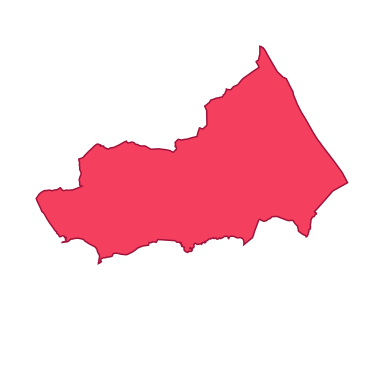 Tanh Linh, Bình Thuận, Vietnam (Natural Earth projection), rotated 241°
{"feature_id": "81297802B72040378952039", "entity_name": "Tanh Linh", "entity_type": "district", "adm_level": 2, "iso_a3": "VNM", "parent_name": "Vietnam", "parent_adm1": "Bình Thuận", "projection": "natural_earth1", "projection_center": [107.7, 11.14], "detail": "fine", "context": "isolated", "style": "filled", "palette": "rose", "viewbox_px": 384, "rotation_deg": 241, "n_neighbors": 0, "source": "geoboundaries", "source_scale": "gbopen_adm2", "svg_char_len": 6038}
<svg xmlns="http://www.w3.org/2000/svg" viewBox="0 0 384 384"><g transform="rotate(241 192 192)"><path d="M247.8,51.2L245.8,52.0L244.3,52.2L239.1,52.2L233.5,52.5L231.8,52.8L224.9,53.5L224.0,53.7L222.9,54.3L222.3,53.9L221.7,53.8L220.9,53.9L220.4,54.4L219.9,54.5L217.3,54.5L216.9,54.7L216.6,55.2L216.7,57.0L216.5,57.5L215.3,58.8L214.1,58.5L213.8,58.9L213.5,59.8L213.2,60.0L213.0,59.9L212.8,59.7L212.3,58.5L211.9,58.4L211.5,58.6L211.1,58.6L210.6,58.2L210.5,57.9L210.3,57.3L210.4,56.6L211.0,54.2L210.8,54.0L209.9,56.6L208.9,58.7L208.9,60.8L209.5,62.6L209.4,63.2L208.7,65.0L208.3,66.7L207.2,69.4L204.8,72.4L203.4,73.8L202.9,74.1L200.4,74.8L199.4,75.4L196.1,77.2L190.8,80.7L189.5,80.9L187.4,81.0L185.7,80.4L182.1,80.3L180.9,80.1L180.1,79.7L179.1,78.8L174.8,75.4L174.7,77.1L174.9,78.7L175.3,79.1L176.0,78.8L176.7,79.0L177.1,79.3L177.4,79.7L177.5,80.4L177.5,82.0L177.3,83.0L176.8,83.8L176.5,84.5L176.1,86.5L175.2,88.3L175.0,89.8L174.6,90.5L174.6,90.8L174.9,91.5L176.2,92.9L176.1,94.1L175.2,96.1L174.4,97.2L171.9,99.9L169.3,103.6L168.7,105.1L168.4,110.9L168.7,114.1L169.3,117.0L169.3,117.6L168.7,122.6L166.6,128.2L168.5,130.1L167.4,131.9L167.4,133.4L167.2,134.0L165.4,136.3L165.6,136.8L167.0,138.8L165.9,140.8L157.7,153.5L157.2,153.9L156.9,154.1L156.0,154.1L155.5,154.4L153.7,157.0L153.3,157.8L153.1,157.9L152.9,157.7L152.5,157.0L151.9,157.5L150.6,156.8L150.3,156.9L150.2,157.3L149.7,156.8L149.3,156.7L148.2,157.9L147.6,158.4L147.3,158.5L146.7,157.8L145.4,157.1L144.9,157.0L144.0,157.1L142.3,157.9L141.4,158.7L141.2,159.3L141.6,160.2L141.6,160.8L140.7,161.8L140.5,162.3L140.6,163.4L141.2,164.2L141.8,164.3L143.5,162.9L143.9,162.7L144.1,162.8L144.2,163.1L143.1,164.2L142.8,164.8L142.5,165.7L142.6,166.5L143.3,167.4L144.7,167.8L145.3,168.8L145.7,169.2L145.6,169.9L145.3,170.2L145.0,170.5L143.8,170.9L143.2,172.0L142.9,172.7L143.0,173.0L142.9,173.4L142.2,174.6L142.5,175.3L142.3,175.4L141.8,175.0L141.6,175.1L141.9,175.6L142.6,176.3L142.7,176.7L142.1,177.8L142.0,178.4L141.6,178.2L141.4,178.3L141.3,179.1L141.3,179.6L141.5,179.7L142.1,179.0L142.3,178.9L142.4,179.1L142.1,179.8L142.3,180.6L142.1,181.8L142.2,182.4L142.6,183.5L142.7,184.3L142.0,185.2L142.0,185.9L141.8,186.2L141.8,188.2L141.5,188.5L140.8,188.5L140.6,188.9L140.4,189.9L140.0,190.6L139.8,190.8L139.1,190.6L138.4,191.5L138.2,192.7L138.3,193.0L138.5,193.2L138.5,193.7L138.3,194.1L137.5,194.4L137.3,194.7L137.2,196.8L137.4,199.1L136.7,200.1L136.3,201.1L136.0,201.5L135.6,201.6L134.0,201.3L133.5,201.5L133.9,202.1L134.4,202.8L134.6,203.3L134.6,204.0L134.2,205.2L132.7,207.3L130.3,209.0L129.8,209.5L129.0,211.5L128.5,212.3L128.1,212.7L127.0,213.4L125.9,213.8L125.4,213.8L123.5,213.4L122.3,212.8L120.8,211.7L122.7,222.5L123.2,223.3L124.4,224.7L126.0,226.3L127.3,227.7L135.2,236.9L135.2,238.1L135.0,238.5L133.9,238.7L131.9,240.3L131.6,240.7L131.0,242.3L130.9,243.8L131.2,244.9L131.3,245.6L131.0,246.8L130.9,247.4L131.0,248.1L131.4,249.0L131.5,249.5L131.4,250.5L130.2,252.8L129.8,253.9L129.5,254.4L121.4,261.3L120.4,262.3L119.8,263.2L118.9,265.5L118.4,266.2L117.6,266.5L114.1,266.9L111.4,267.7L108.2,267.0L107.3,266.7L106.6,266.2L106.2,266.2L104.8,266.7L101.2,268.4L98.9,270.1L97.4,270.1L97.7,271.7L98.6,272.8L101.2,275.4L102.5,276.2L102.5,276.4L102.3,277.6L104.4,278.9L106.2,279.8L107.9,281.2L109.6,282.3L110.1,282.7L110.9,284.1L111.5,284.6L111.7,285.5L111.3,286.6L111.3,286.9L112.2,288.2L112.3,288.9L112.6,289.2L112.4,289.8L112.6,290.3L113.1,290.4L113.9,290.3L115.0,289.5L115.4,289.5L118.6,298.9L122.7,310.4L123.9,313.5L124.5,315.3L124.6,316.0L124.7,321.6L124.7,332.6L136.2,332.8L149.6,331.2L169.7,328.2L172.9,327.9L176.4,327.3L184.9,326.8L199.5,326.7L209.1,326.3L216.0,326.5L220.5,326.9L221.9,327.2L227.6,327.8L230.8,328.9L237.1,329.0L245.0,329.4L245.4,329.4L248.0,327.5L248.8,327.1L255.9,324.9L274.4,324.5L280.2,324.6L283.4,324.2L283.4,323.8L284.3,323.6L285.8,322.9L286.6,321.9L284.7,321.0L279.4,318.0L278.4,316.9L275.8,314.7L275.2,314.1L275.1,313.6L275.1,311.6L274.9,311.3L274.6,311.2L270.7,311.3L268.5,311.0L267.9,304.2L266.6,292.4L266.0,289.9L263.6,284.0L264.0,279.4L263.9,278.8L263.4,278.0L263.3,277.1L262.7,276.3L262.7,276.0L263.2,274.6L263.7,273.9L264.1,272.9L264.3,272.7L265.3,272.3L265.4,271.9L265.2,271.6L264.5,271.4L264.0,271.0L263.0,269.4L261.9,268.3L261.8,267.8L261.7,266.5L260.9,265.5L260.5,264.8L260.4,264.1L260.7,263.8L260.9,263.3L262.5,257.8L262.6,256.1L263.3,253.0L262.7,252.2L262.5,251.5L261.8,250.4L261.6,248.6L261.2,247.6L261.1,245.6L260.9,244.7L256.6,244.4L255.9,244.2L243.6,237.7L243.0,236.8L241.9,232.0L242.4,231.4L244.4,229.8L244.4,229.6L240.8,225.7L238.1,223.2L239.4,218.8L240.7,213.0L241.5,211.4L242.4,208.3L242.9,207.5L244.7,205.6L244.7,205.0L243.5,201.2L243.2,201.0L242.1,201.0L241.2,200.2L240.4,200.1L240.2,200.0L240.2,199.4L239.8,199.3L239.0,199.8L238.5,199.9L238.1,199.8L236.8,198.9L236.8,198.0L235.9,195.4L235.9,194.9L236.6,194.2L239.0,192.7L241.7,189.6L246.1,183.5L248.9,177.5L249.3,176.9L249.8,176.5L255.0,173.3L255.7,172.1L256.6,170.2L257.9,168.7L258.9,167.9L260.0,167.5L260.7,166.2L261.2,165.7L262.7,165.4L264.3,164.4L264.7,163.7L265.3,162.2L265.6,160.3L266.0,159.7L267.0,159.2L267.8,159.3L268.2,159.3L268.5,157.9L268.5,150.3L268.7,147.3L269.0,144.6L269.6,143.5L270.2,141.4L270.0,139.7L271.1,138.8L271.5,138.1L272.1,138.1L272.3,137.9L273.1,136.9L273.5,136.8L275.0,137.0L275.5,136.3L276.3,134.3L276.6,134.3L277.1,134.9L277.4,135.0L277.7,134.7L277.9,134.1L278.2,133.7L279.1,133.5L279.5,133.1L279.8,132.0L280.0,131.7L279.5,128.8L277.3,120.4L275.9,115.8L275.0,113.5L275.0,112.6L275.7,109.0L275.0,108.6L271.8,107.8L270.6,106.7L267.9,105.8L266.6,104.9L265.9,104.7L263.0,104.4L261.9,104.0L261.2,103.5L259.3,101.1L257.5,99.3L256.7,99.0L254.9,98.5L252.5,97.1L252.1,97.3L250.5,98.6L250.8,94.7L251.7,88.5L253.1,85.6L253.4,84.7L254.5,83.3L255.1,81.2L255.6,80.2L256.2,79.7L256.9,79.4L259.3,79.1L259.6,78.8L259.6,78.0L259.4,76.2L259.5,74.8L260.5,72.4L260.8,70.5L262.9,68.0L263.5,66.6L263.8,65.3L264.7,64.0L264.8,63.1L264.8,60.3L264.3,57.6L263.7,56.2L262.4,53.9L261.9,52.6L258.1,52.1L250.1,51.6L247.8,51.2Z" fill="#f43f5e" stroke="#9f1239" stroke-width="1.5"/></g></svg>